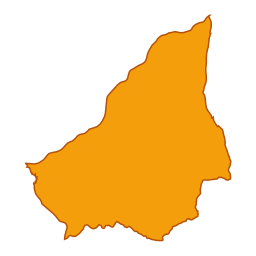 the border of Lunda Sul
{"feature_id": "AGO-1875", "entity_name": "Lunda Sul", "entity_type": "Province", "adm_level": 1, "iso_a3": "AGO", "parent_name": "Angola", "parent_adm1": "", "projection": "equal_earth", "projection_center": [20.634, -9.903], "detail": "fine", "context": "isolated", "style": "filled", "palette": "amber", "viewbox_px": 256, "rotation_deg": 0, "n_neighbors": 0, "source": "natural_earth", "source_scale": "10m", "svg_char_len": 5854}
<svg xmlns="http://www.w3.org/2000/svg" viewBox="0 0 256 256"><path d="M209.6,15.4L209.2,15.7L208.9,16.6L209.6,18.4L210.9,21.2L211.3,24.3L211.1,27.4L209.8,32.9L210.1,33.1L210.4,33.4L210.8,33.4L209.9,35.7L209.3,37.9L208.1,47.7L207.7,48.2L207.3,50.6L206.8,52.3L206.3,58.0L206.4,61.7L205.7,70.0L206.3,77.2L206.3,80.1L205.7,83.1L204.1,87.6L203.7,90.1L203.2,91.6L203.1,92.5L203.3,93.3L204.2,94.7L204.6,95.5L205.2,98.4L205.8,104.7L206.4,107.7L207.7,110.5L211.1,115.2L211.8,118.0L212.2,117.7L213.0,117.3L213.3,117.1L213.4,119.4L214.1,121.4L217.1,126.1L217.6,126.5L218.0,126.4L218.4,125.9L219.0,126.3L219.9,127.3L221.9,129.0L222.6,130.2L223.0,131.7L223.5,134.3L224.6,138.2L225.0,141.2L225.3,142.1L224.9,144.4L225.9,147.7L227.2,150.9L228.1,154.3L229.4,157.2L229.8,159.4L230.6,160.6L230.8,161.5L230.7,162.3L230.4,163.7L230.4,164.4L230.1,165.5L228.9,168.1L228.5,169.6L228.6,171.1L229.2,172.1L229.8,173.0L230.3,174.5L230.5,177.5L230.5,178.9L228.5,179.9L226.9,180.0L226.4,179.9L226.0,179.7L225.7,179.6L224.9,178.8L224.2,178.4L221.4,177.4L220.9,177.3L219.8,177.5L219.4,177.4L219.0,177.2L218.6,177.2L218.4,177.4L218.1,177.9L217.7,178.4L217.5,178.7L216.6,179.0L207.9,180.1L204.6,179.9L203.7,180.0L203.1,180.2L202.8,180.7L202.5,181.3L201.5,183.5L200.9,185.7L200.7,187.9L200.4,188.9L200.3,189.3L200.3,190.2L200.5,192.9L200.5,193.4L200.3,193.9L199.9,194.4L198.4,196.0L197.8,196.8L196.7,198.7L196.6,199.0L196.5,199.4L196.5,200.3L196.5,200.7L196.2,202.2L196.2,204.5L196.1,205.0L196.0,205.3L195.6,205.8L195.4,206.4L195.4,206.6L195.4,207.0L195.6,208.1L195.9,208.7L196.3,209.2L196.5,209.5L196.5,209.9L196.6,210.2L196.7,210.6L196.9,210.8L197.1,211.0L197.7,211.0L197.9,211.1L197.9,211.4L197.8,212.0L197.7,212.4L197.8,212.9L197.9,213.5L198.1,213.8L197.8,216.2L197.3,216.7L197.0,216.8L195.6,217.5L194.9,218.0L192.4,219.5L191.9,219.7L190.5,219.7L189.7,219.5L189.5,219.3L189.2,218.8L188.9,218.6L188.4,219.0L188.1,219.0L187.3,218.9L187.0,219.0L186.8,219.3L186.6,220.0L186.1,220.8L185.9,221.2L182.4,222.0L181.6,222.8L181.2,223.0L179.0,223.7L176.3,225.5L175.0,226.0L173.4,226.3L172.8,226.6L172.5,226.8L172.4,227.0L172.6,227.4L172.6,227.5L171.8,229.2L171.3,229.7L171.0,230.0L170.4,230.4L170.1,230.7L169.9,231.0L169.8,231.3L169.3,232.3L169.1,232.9L168.9,233.2L168.6,233.5L168.1,233.9L167.9,234.1L167.6,234.2L167.3,234.3L166.1,234.2L165.7,234.2L165.1,234.8L164.1,235.4L162.6,236.6L162.5,237.1L162.4,237.5L162.5,237.9L162.9,239.1L162.9,239.7L162.9,240.0L162.7,240.4L160.3,240.6L155.8,240.3L154.9,240.1L154.4,239.8L153.9,239.7L153.1,239.7L152.4,239.6L151.5,239.4L149.4,238.4L148.7,238.2L147.8,238.3L147.4,238.4L146.7,237.9L146.5,237.2L145.9,236.2L145.5,236.0L145.1,236.0L143.9,236.2L143.4,236.0L143.1,235.8L141.5,234.4L141.2,234.2L138.7,233.3L138.2,233.0L137.9,232.8L137.7,232.6L137.5,231.8L137.3,231.6L137.0,231.4L136.7,231.4L136.1,231.5L135.6,231.5L134.3,231.0L134.1,230.8L133.7,230.4L133.3,230.0L133.1,229.8L132.6,229.0L132.4,228.6L132.2,228.5L131.2,227.9L130.6,227.3L130.0,227.0L129.3,226.5L129.0,226.4L128.6,226.5L128.0,226.8L127.4,227.4L127.1,227.5L126.8,227.5L125.8,227.0L125.5,226.9L124.6,226.7L124.4,226.6L124.2,226.3L123.7,225.4L123.5,225.2L123.2,224.9L121.6,224.2L120.7,224.0L120.2,223.7L119.5,223.0L119.3,222.9L118.4,222.5L118.1,222.3L118.0,222.1L117.8,221.8L117.5,221.6L117.1,221.6L116.3,222.1L115.9,222.5L115.7,222.8L115.5,223.1L115.2,223.6L114.7,224.5L114.1,225.2L113.5,226.3L112.7,227.1L111.3,226.8L111.0,226.6L110.5,226.3L109.9,226.0L109.4,225.5L109.1,225.3L108.6,225.3L107.6,225.6L106.0,225.4L105.7,225.5L105.4,225.8L105.2,226.2L105.1,226.5L104.9,227.2L104.7,227.6L104.3,228.0L104.0,228.2L103.7,228.3L103.2,228.2L102.4,228.0L102.1,227.7L101.8,227.3L101.5,226.3L101.3,225.9L100.7,225.5L100.1,225.4L99.5,225.0L99.3,224.8L99.0,224.8L98.5,225.2L96.9,227.2L96.6,227.5L96.3,227.7L94.3,228.5L93.4,228.7L93.0,228.7L92.5,228.6L89.9,227.0L87.7,225.0L86.9,224.9L84.7,225.5L84.1,226.6L83.8,227.3L83.8,227.7L83.7,227.9L83.6,228.1L83.2,229.1L81.5,231.0L81.0,231.7L79.8,233.0L79.2,233.7L78.8,234.0L75.8,236.1L75.4,236.2L74.9,236.3L72.5,236.3L72.2,236.2L71.5,235.7L71.2,235.6L70.8,235.5L70.1,235.5L69.5,235.6L69.3,235.7L69.0,236.0L68.2,236.9L67.9,237.5L67.2,238.2L64.6,239.3L64.7,237.5L65.1,234.7L65.6,233.0L66.0,231.2L67.1,227.7L67.0,226.0L66.3,224.4L65.2,223.1L63.5,222.3L60.6,221.5L59.3,220.8L58.2,219.4L55.6,216.0L53.1,213.4L41.9,203.9L41.4,202.0L40.8,200.5L39.9,199.2L37.0,195.7L36.1,194.3L35.3,192.6L34.8,190.6L34.4,188.8L34.2,184.8L34.1,184.4L33.8,184.2L33.6,183.9L33.7,183.3L34.0,182.8L34.3,183.0L34.6,183.3L35.0,183.3L35.9,182.7L36.0,182.2L35.3,181.3L35.6,181.2L36.1,181.0L36.4,180.9L36.2,180.2L36.3,179.6L36.6,179.2L37.1,178.9L36.8,178.7L36.0,177.9L36.3,177.7L36.5,177.2L36.8,176.9L36.0,176.8L35.5,176.2L35.3,175.5L35.3,174.5L34.6,175.5L33.4,174.7L32.8,174.2L32.4,173.5L32.0,174.0L31.6,173.1L30.7,172.0L30.4,169.8L29.7,168.7L29.4,167.6L28.8,167.6L27.7,167.0L26.9,167.1L27.4,166.0L27.6,165.6L26.2,163.9L25.2,163.3L34.9,164.0L38.8,162.9L43.4,159.9L44.8,158.4L47.2,155.3L48.8,153.7L50.3,153.1L51.6,152.7L56.9,151.7L60.7,150.0L62.1,149.0L63.3,147.8L66.0,144.7L67.7,143.1L68.9,142.4L72.7,140.8L75.4,138.4L77.5,135.9L79.5,134.6L84.6,133.5L86.2,132.3L87.5,131.2L89.3,129.2L96.9,126.8L100.4,123.8L102.7,120.4L104.4,116.9L105.0,114.9L105.4,113.2L106.8,99.0L107.2,97.1L107.7,96.1L108.3,95.3L109.4,93.9L117.6,84.8L119.9,82.9L121.7,82.0L124.6,81.3L126.2,80.4L127.3,79.0L127.8,77.5L128.6,74.2L129.1,72.7L129.6,71.3L130.4,70.5L138.6,65.5L142.3,63.9L144.6,62.2L145.8,60.4L146.5,58.5L147.3,54.9L147.8,53.2L149.6,49.4L152.2,45.1L156.1,41.4L157.7,38.7L159.9,36.7L161.5,35.6L162.5,35.2L164.8,34.9L166.2,34.3L169.1,32.8L170.5,32.6L171.7,32.5L174.7,31.7L177.1,32.0L179.9,32.7L183.5,32.6L190.4,30.4L191.4,29.3L192.2,28.1L192.5,27.5L192.9,26.9L194.1,25.6L195.8,24.4L199.0,22.9L203.3,21.9L204.5,20.8L205.6,19.2L206.5,17.7L209.4,15.4L209.6,15.4Z" fill="#f59e0b" stroke="#b45309" stroke-width="1.5"/></svg>